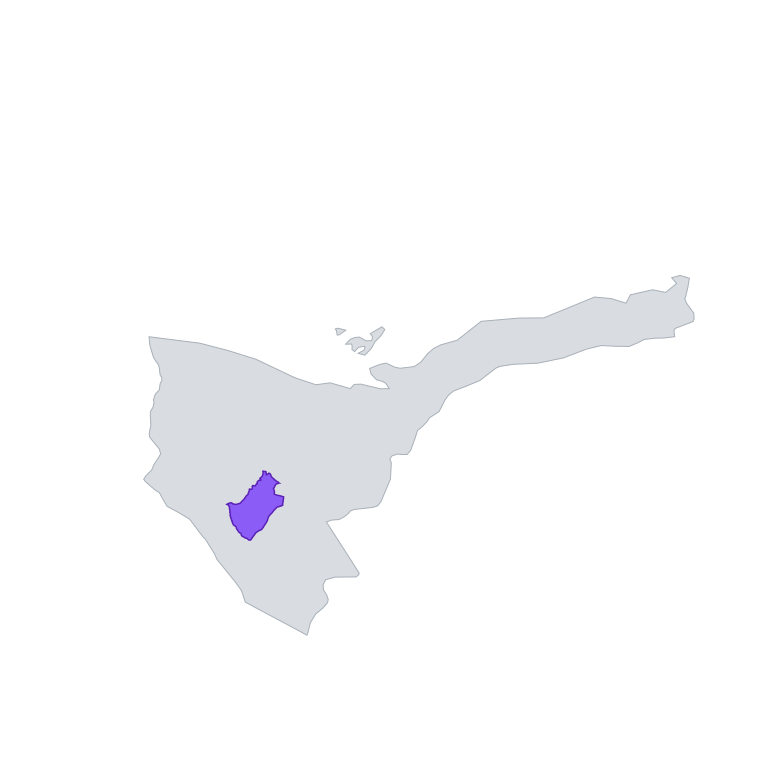 location of Dige, Gash Barka, Eritrea, rotated 304°
{"feature_id": "51966322B2269469169299", "entity_name": "Dige", "entity_type": "district", "adm_level": 2, "iso_a3": "ERI", "parent_name": "Eritrea", "parent_adm1": "Gash Barka", "projection": "orthographic", "projection_center": [37.574, 15.721], "detail": "fine", "context": "in_parent", "style": "filled", "palette": "violet", "viewbox_px": 768, "rotation_deg": 304, "n_neighbors": 0, "source": "geoboundaries", "source_scale": "gbopen_adm2", "svg_char_len": 7975}
<svg xmlns="http://www.w3.org/2000/svg" viewBox="0 0 768 768"><g transform="rotate(304 384 384)"><path d="M132.7,460.5L130.4,437.7L128.8,422.4L127.1,406.2L125.6,391.0L132.9,381.6L136.3,372.7L145.1,343.8L148.6,338.1L155.5,322.6L156.4,318.2L163.2,298.6L162.6,285.7L161.3,272.5L165.0,264.8L168.3,258.6L168.1,253.3L169.6,241.1L170.6,238.1L174.6,237.9L182.8,239.5L188.9,238.3L195.8,238.3L201.2,237.9L204.4,234.2L208.7,219.9L211.5,217.1L213.7,216.2L219.8,213.6L225.1,209.4L229.4,206.4L230.9,205.8L235.5,205.5L240.0,203.7L242.0,201.7L247.7,200.1L253.3,201.0L257.1,199.2L259.6,198.1L262.4,198.0L265.0,196.3L266.0,193.8L267.7,192.1L272.1,188.4L274.1,185.7L275.0,183.0L275.8,180.9L277.7,177.3L285.3,168.1L291.8,162.8L314.9,208.6L324.4,235.6L332.9,263.9L339.3,306.4L345.3,328.0L354.8,338.6L361.4,358.7L367.0,359.5L371.0,365.0L378.1,383.9L383.1,390.9L385.6,384.8L385.3,381.3L383.3,375.5L385.0,367.9L388.8,363.4L397.7,369.4L402.5,374.0L403.9,383.3L406.0,388.5L415.3,399.3L423.1,402.4L433.2,403.1L441.6,405.4L448.4,409.3L461.2,420.2L490.3,429.5L514.1,459.0L528.1,479.4L573.8,509.9L581.9,524.7L586.3,539.4L595.8,538.4L612.4,554.1L617.4,566.3L630.9,570.4L633.0,563.1L639.6,568.8L642.4,578.0L633.9,581.9L624.6,585.4L623.2,585.3L620.2,589.6L615.9,601.3L611.1,604.8L608.5,605.2L593.5,594.7L591.2,594.1L588.1,596.3L585.8,598.6L578.8,590.5L573.7,583.3L566.5,574.8L559.7,571.1L552.3,566.3L544.9,555.1L537.4,542.7L526.5,532.6L506.0,518.2L487.2,499.8L472.8,480.4L463.5,470.3L459.6,467.8L440.7,461.6L427.4,452.9L417.2,445.6L410.9,443.7L404.9,443.5L392.1,445.1L381.3,440.6L376.9,440.7L369.7,439.4L364.1,437.8L357.5,439.8L344.0,443.2L338.5,442.6L335.4,438.0L333.6,434.5L328.9,430.8L325.0,430.8L322.8,434.1L308.8,442.5L285.1,447.2L279.5,446.9L275.3,443.6L263.3,429.4L259.9,427.1L257.2,426.9L251.7,425.3L246.5,422.5L241.9,416.7L237.4,413.4L232.5,424.8L223.9,444.8L219.3,455.5L213.3,469.3L211.5,469.7L208.4,468.7L196.6,451.5L189.2,445.1L183.6,445.7L179.6,448.8L177.0,454.5L174.3,458.1L171.3,459.5L164.8,458.8L154.9,456.0L144.7,456.5L134.1,460.4L132.7,460.5ZM409.8,345.2L413.0,349.4L415.2,348.9L417.0,347.5L418.1,344.5L430.3,350.3L429.6,354.2L422.4,354.5L414.1,352.9L406.4,353.6L397.2,352.0L395.0,345.4L400.9,348.5L403.9,347.7L404.4,346.8L400.2,342.4L394.4,341.5L394.8,338.0L397.4,336.6L399.0,334.8L395.6,330.0L402.1,331.0L406.3,333.9L409.1,337.3L409.8,345.2ZM404.5,314.6L407.2,322.2L399.7,319.4L398.4,317.8L401.7,314.7L402.3,312.8L404.5,314.6Z" fill="#d9dde1" stroke="#a8b0b8" stroke-width="1"/><path d="M243.2,352.4L243.2,352.0L243.3,351.7L243.5,351.0L243.5,350.7L243.4,350.3L243.2,349.6L243.2,349.4L243.3,349.0L243.4,348.2L243.4,347.4L243.6,346.5L243.7,345.9L243.7,345.6L243.8,344.9L243.8,344.0L243.9,343.5L244.2,342.9L244.2,342.5L244.4,342.1L245.3,341.0L245.5,340.6L245.7,340.2L245.9,339.5L245.8,339.0L245.7,338.6L245.6,338.3L245.3,338.3L245.1,338.3L243.6,337.6L243.4,337.6L243.0,337.4L242.9,337.3L243.0,337.1L243.4,336.8L243.6,336.7L244.0,336.4L244.2,336.1L244.4,335.8L244.5,335.8L244.8,335.4L245.2,335.3L245.3,335.2L245.2,334.8L244.6,333.6L244.5,333.3L244.4,333.0L244.3,332.7L244.1,332.4L243.8,332.4L243.4,332.9L243.0,333.3L242.8,333.4L242.6,333.5L242.4,333.7L241.9,333.9L241.7,334.0L240.9,334.2L240.5,334.3L240.3,334.3L239.7,334.6L239.2,334.7L238.8,334.7L238.6,334.6L238.3,334.5L237.1,334.0L236.7,333.9L236.2,334.0L235.9,334.4L235.9,334.6L236.0,335.1L235.9,335.3L235.7,335.4L235.6,335.7L235.5,335.8L235.4,335.7L235.2,335.6L235.2,335.4L234.9,334.9L234.8,334.7L234.6,334.5L233.6,333.9L233.2,333.9L232.7,333.7L231.9,333.7L231.6,333.8L231.4,333.9L230.9,334.2L230.5,334.6L230.3,334.7L230.0,334.2L229.8,334.1L229.5,334.1L228.7,334.2L228.2,334.2L227.8,334.2L227.4,334.2L227.2,333.8L226.9,333.0L226.8,332.6L226.6,332.3L226.4,332.1L226.2,331.9L225.8,331.9L225.6,331.9L225.3,332.1L225.1,332.2L224.8,332.6L224.4,332.9L224.3,333.0L223.8,333.2L223.6,333.2L223.1,333.3L222.8,333.2L222.7,333.1L222.4,332.8L222.2,332.4L222.1,331.9L221.8,331.3L221.6,331.2L221.1,331.4L220.5,331.8L220.3,331.9L219.2,332.2L218.7,332.3L218.2,332.4L217.8,332.4L217.4,332.6L217.2,332.7L216.4,333.0L215.6,332.7L214.6,332.5L214.4,332.4L213.5,332.4L213.1,332.4L212.7,332.4L212.3,332.4L211.6,332.3L211.2,332.4L210.8,332.4L210.3,332.4L210.0,332.5L209.9,332.5L209.8,332.4L209.5,332.2L208.7,332.1L208.1,332.0L207.7,331.9L207.4,331.8L207.1,331.7L206.7,331.7L206.0,331.6L205.5,331.6L205.1,331.6L204.6,331.5L204.5,331.3L204.1,330.9L203.3,330.1L202.9,330.0L202.3,329.6L201.8,329.0L201.7,328.8L201.2,328.3L201.0,328.0L201.0,327.8L200.9,327.5L200.7,327.3L200.5,327.0L200.5,326.8L200.4,326.8L200.3,326.2L200.2,325.9L200.1,325.5L200.3,324.2L200.2,324.0L200.1,323.7L199.8,323.5L199.6,323.2L199.2,323.0L199.2,322.8L198.9,322.6L198.8,322.4L198.6,322.2L198.1,322.0L197.4,321.5L197.2,321.4L196.8,321.1L196.3,321.0L196.4,321.3L196.5,321.4L196.5,321.5L196.5,321.9L196.5,322.1L196.5,322.3L196.7,322.7L196.7,322.8L196.6,323.1L196.2,323.5L195.9,323.9L195.9,324.0L195.7,324.6L195.4,324.7L195.2,324.9L195.1,325.0L194.9,325.3L194.7,325.4L194.4,325.4L194.1,325.7L193.4,326.7L193.1,326.8L192.9,327.0L192.3,327.3L192.0,327.7L191.8,327.8L191.7,327.8L191.4,327.9L191.3,328.1L191.1,328.5L190.9,328.7L190.7,329.0L190.2,329.2L189.5,329.6L189.4,329.8L189.0,329.9L188.9,330.0L188.7,330.6L187.9,331.1L187.7,331.3L187.5,331.8L187.3,332.0L187.2,332.3L187.0,332.5L186.9,332.5L186.7,332.7L186.5,333.1L186.3,333.2L186.2,333.4L185.6,334.0L185.5,334.4L185.5,334.5L185.4,334.5L185.4,334.8L185.3,335.0L184.6,335.4L184.4,335.8L184.2,336.0L183.9,336.4L183.7,336.7L183.4,337.4L183.2,337.7L183.0,338.0L182.9,338.5L182.9,339.0L182.9,339.3L183.0,339.6L183.0,340.2L183.0,340.7L182.8,341.2L182.7,341.5L182.4,341.8L181.8,342.3L181.5,342.8L181.4,342.9L181.3,343.3L181.1,344.1L180.8,344.7L180.4,345.5L180.2,345.9L180.1,346.1L180.0,346.5L179.9,348.0L180.1,348.4L180.1,348.8L180.0,349.0L179.8,349.3L179.4,349.9L179.2,350.0L178.9,350.2L178.8,350.4L178.6,350.9L178.5,351.2L178.6,352.6L178.6,352.8L178.7,353.2L178.7,353.5L178.8,354.1L178.7,354.6L178.7,355.0L179.0,355.4L179.0,355.6L179.1,355.8L179.1,356.1L179.4,356.9L179.4,357.2L179.3,357.4L179.2,358.0L179.1,358.3L179.1,358.8L179.1,359.3L179.4,359.8L179.8,360.4L179.9,360.5L180.4,360.7L180.7,360.8L181.1,360.7L181.5,360.8L182.0,360.7L182.4,360.8L182.9,360.8L183.1,360.7L183.6,360.8L184.5,360.8L185.2,360.8L185.3,360.9L186.1,360.9L186.5,360.9L187.1,360.9L187.7,361.0L188.0,360.9L188.5,360.9L188.8,361.0L189.2,361.0L189.3,361.0L189.6,361.1L190.0,361.4L190.5,361.6L190.8,361.6L191.4,361.9L192.2,362.1L192.4,362.2L193.0,362.8L193.4,363.0L193.7,363.2L194.1,363.3L194.3,363.5L194.7,363.8L195.2,363.9L195.3,363.9L195.8,363.9L196.0,364.0L196.3,364.0L196.8,364.0L197.4,364.0L197.7,364.1L198.3,364.0L198.8,364.0L199.4,363.9L199.6,363.9L201.2,363.9L201.8,363.9L202.6,363.9L202.9,363.9L203.2,363.9L204.0,363.8L204.3,363.8L204.7,363.8L205.2,363.7L205.5,363.7L206.0,363.5L207.0,363.2L207.3,363.1L207.6,363.0L208.0,362.9L208.7,362.7L209.4,362.6L210.1,362.5L210.6,362.6L211.1,362.6L211.5,362.7L212.4,362.8L213.1,362.9L214.6,363.2L217.9,363.4L218.3,363.5L219.2,363.7L219.5,363.8L220.6,363.9L220.8,364.0L221.4,364.1L221.5,364.1L221.8,364.1L222.4,364.2L222.6,364.4L222.9,364.8L223.0,365.0L224.5,366.2L225.0,366.6L225.4,366.9L225.6,366.9L225.8,367.2L226.0,367.3L226.3,367.5L226.6,367.7L226.8,367.7L226.9,367.8L227.0,367.8L227.4,367.5L227.5,367.4L227.7,367.1L227.8,367.0L228.4,366.9L228.6,366.7L229.0,366.5L229.6,366.3L230.6,365.9L231.4,365.3L232.3,365.0L232.6,364.9L233.0,364.6L233.6,364.3L234.1,363.9L234.3,363.8L233.8,362.3L233.7,362.0L233.4,361.2L233.3,360.4L233.1,360.0L233.0,359.8L232.8,359.3L232.0,357.6L231.9,357.3L231.8,356.7L231.6,355.6L231.4,354.9L231.5,354.5L231.6,354.3L231.7,354.1L232.4,353.8L232.5,353.8L233.1,353.7L233.5,353.4L234.4,352.4L234.7,351.9L234.8,351.7L235.3,351.0L235.6,350.9L235.9,350.8L236.1,350.8L236.5,351.0L236.9,350.9L238.2,350.7L238.5,350.6L239.5,350.4L240.1,350.4L240.3,350.4L240.7,350.6L241.2,351.0L241.6,351.3L241.9,351.5L242.1,351.7L242.8,352.0L243.0,352.1L243.2,352.4Z" fill="#8b5cf6" stroke="#5b21b6" stroke-width="1.5"/></g></svg>